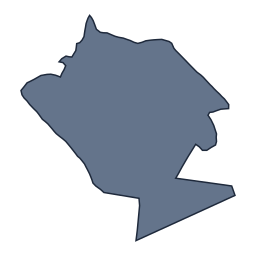 outline of Campo Alegre, Alagoas, Brazil
{"feature_id": "56859067B15895498916123", "entity_name": "Campo Alegre", "entity_type": "district", "adm_level": 2, "iso_a3": "BRA", "parent_name": "Brazil", "parent_adm1": "Alagoas", "projection": "albers", "projection_center": [-36.296, -9.82], "detail": "fine", "context": "isolated", "style": "filled", "palette": "slate", "viewbox_px": 256, "rotation_deg": 0, "n_neighbors": 0, "source": "geoboundaries", "source_scale": "gbopen_adm2", "svg_char_len": 1677}
<svg xmlns="http://www.w3.org/2000/svg" viewBox="0 0 256 256"><path d="M76.7,43.6L76.3,47.2L75.8,50.6L74.0,53.5L71.9,57.0L69.1,56.8L66.0,56.1L61.8,58.7L59.1,61.8L63.0,62.6L65.7,65.7L64.1,69.6L61.9,73.4L60.4,77.0L55.5,75.2L50.8,74.2L47.0,74.4L40.9,75.5L34.2,79.3L29.7,81.6L27.1,82.8L24.1,86.7L21.0,90.5L22.0,94.8L24.1,98.0L26.9,100.8L29.7,104.5L33.6,108.6L36.7,111.6L38.6,114.0L40.3,116.4L42.4,119.3L45.2,121.5L47.9,123.9L50.3,126.7L52.1,128.8L54.2,131.4L56.2,133.6L59.5,136.3L62.5,138.6L65.7,141.3L68.8,145.0L70.6,147.2L72.9,150.1L75.4,153.3L77.6,156.3L79.9,158.2L81.9,160.6L84.5,163.9L86.1,167.1L87.7,170.1L89.6,173.9L91.0,177.4L92.0,180.0L93.0,183.1L95.9,186.1L100.5,189.4L103.9,192.5L139.0,198.3L139.6,205.6L137.3,230.2L136.7,235.1L136.0,240.6L235.0,195.4L231.7,186.0L225.6,185.1L175.7,178.2L178.3,173.8L182.0,167.0L188.0,156.7L195.7,144.3L199.4,146.9L202.4,150.3L206.8,150.3L211.2,147.4L215.5,145.0L216.5,141.5L216.2,137.3L216.5,133.9L213.7,125.3L211.0,119.8L208.0,115.2L209.6,112.4L213.0,112.0L215.9,110.9L220.8,109.2L225.7,108.8L228.6,108.6L228.7,104.6L226.4,101.5L224.4,98.9L221.8,96.5L219.8,94.3L216.7,91.4L213.9,88.6L212.0,86.5L210.0,84.6L206.2,80.5L203.3,77.3L200.9,75.1L197.0,72.2L194.4,69.6L189.0,64.1L184.3,59.2L179.5,54.3L175.8,50.6L173.9,48.3L171.7,43.3L169.1,41.5L161.8,39.4L157.4,39.6L153.2,39.9L150.2,40.2L145.8,40.8L142.0,42.3L137.8,43.4L134.0,42.3L130.2,40.5L126.9,39.4L123.3,38.1L118.7,37.3L115.1,36.3L110.8,34.5L107.1,32.9L103.6,32.8L100.3,32.3L96.4,29.3L94.5,24.1L93.2,20.7L91.4,17.5L89.6,15.4L88.1,18.0L87.0,20.9L86.1,23.6L85.5,27.3L84.9,30.5L84.4,33.8L84.0,36.6L82.0,40.2L79.7,42.7L76.7,43.6Z" fill="#64748b" stroke="#1e293b" stroke-width="1.5"/></svg>